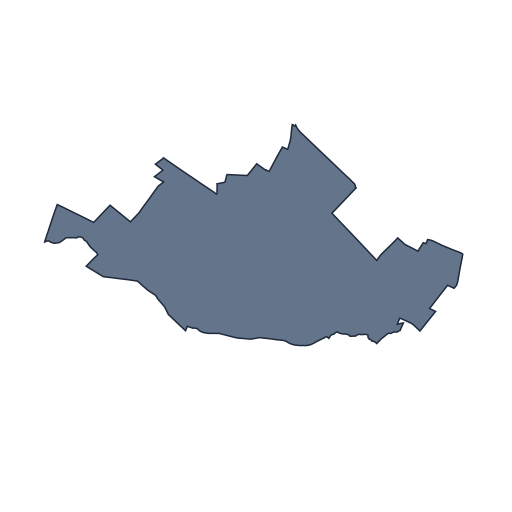 the district of Buzau, Buzau, Romania, rotated 162°
{"feature_id": "2599482B14537956390391", "entity_name": "Buzau", "entity_type": "district", "adm_level": 2, "iso_a3": "ROU", "parent_name": "Romania", "parent_adm1": "Buzau", "projection": "mercator", "projection_center": [26.808, 45.138], "detail": "fine", "context": "isolated", "style": "filled", "palette": "slate", "viewbox_px": 512, "rotation_deg": 162, "n_neighbors": 0, "source": "geoboundaries", "source_scale": "gbopen_adm2", "svg_char_len": 5650}
<svg xmlns="http://www.w3.org/2000/svg" viewBox="0 0 512 512"><g transform="rotate(162 256 256)"><path d="M226.7,343.4L226.8,343.5L235.6,337.7L236.1,337.4L239.0,335.5L239.2,335.4L239.4,335.3L239.6,335.4L240.3,335.6L244.9,337.3L246.7,338.0L258.3,342.4L258.8,341.9L259.0,341.8L260.8,338.7L261.4,337.9L261.8,337.3L262.1,336.8L262.6,335.9L263.8,335.9L265.0,336.0L268.2,336.4L269.9,336.6L270.0,336.6L270.5,336.6L270.8,336.7L270.9,335.9L273.3,329.0L273.6,328.0L273.7,327.7L273.9,327.5L274.1,327.2L274.5,327.2L274.9,327.7L275.9,329.1L276.0,329.3L282.2,337.2L282.3,337.3L286.6,342.8L288.4,345.1L288.6,345.4L289.8,347.0L291.0,348.5L291.6,349.3L292.2,350.1L293.3,351.5L295.1,353.7L296.8,355.9L301.4,361.9L307.7,370.1L313.7,378.0L313.9,377.9L314.0,377.6L323.3,374.4L318.0,366.4L328.1,362.8L321.0,354.9L327.2,352.8L333.0,348.6L339.9,343.5L349.4,336.7L354.0,333.2L364.9,327.3L379.1,349.4L400.0,338.1L410.7,348.6L418.9,356.5L421.0,358.6L425.0,362.5L429.1,366.4L429.8,365.5L430.9,364.1L432.7,361.7L434.9,358.9L435.5,358.0L436.8,356.4L438.7,353.8L443.0,347.9L443.4,347.4L444.0,346.6L444.4,346.0L446.1,343.6L447.9,341.3L449.4,339.2L453.2,334.0L452.6,334.5L452.0,334.7L451.4,335.0L451.1,335.1L450.7,335.0L450.5,334.8L449.9,334.7L449.5,334.6L449.1,334.5L448.5,334.2L448.0,334.0L447.8,333.8L447.5,333.4L447.1,332.6L446.8,332.4L446.6,332.2L446.0,331.9L445.3,331.5L445.1,331.3L444.9,331.1L444.6,330.8L444.5,330.7L444.3,330.6L443.6,330.4L442.7,330.2L441.7,330.0L440.7,329.8L440.0,329.7L439.1,329.6L437.3,329.9L436.0,330.3L434.7,330.7L434.1,330.9L433.5,331.1L433.2,331.2L433.0,331.3L432.0,331.7L431.1,332.1L423.2,329.6L420.9,328.6L419.1,329.0L417.2,328.5L415.1,326.8L414.3,324.0L412.7,322.3L411.0,316.3L408.1,311.0L406.7,308.8L406.0,306.1L410.9,303.9L420.7,298.7L411.8,288.4L407.6,283.5L384.2,272.6L376.6,268.8L369.4,256.7L363.7,249.6L362.6,245.3L358.6,235.8L357.4,227.4L346.1,206.7L345.3,207.6L344.6,208.5L344.2,209.0L343.9,209.4L343.6,209.7L343.4,210.0L343.0,210.4L342.4,209.8L341.6,209.2L340.2,208.3L339.0,207.3L338.2,206.8L337.4,206.7L336.0,206.1L335.4,205.8L334.6,205.2L334.0,204.5L333.7,204.0L332.5,201.9L332.2,201.5L331.5,200.9L329.9,199.7L329.0,199.0L326.7,197.9L325.5,197.3L324.3,196.8L315.4,193.9L314.7,193.6L312.1,191.9L301.2,185.0L298.9,183.7L286.6,178.5L277.8,177.3L274.6,175.8L272.8,175.0L266.4,172.1L263.1,170.4L259.3,168.7L257.6,168.0L255.7,167.0L255.0,166.6L254.7,166.4L253.5,165.2L252.3,163.9L250.9,162.4L250.1,161.7L248.7,160.7L247.1,159.6L245.3,158.7L243.8,158.1L241.0,156.9L240.7,156.8L240.2,156.8L238.9,156.4L237.9,155.9L235.0,155.1L233.8,154.9L231.5,154.8L228.7,155.1L227.4,155.3L225.3,155.8L218.5,156.8L216.2,157.1L213.8,157.6L212.2,155.1L209.2,157.6L205.8,157.7L204.1,158.5L202.2,158.8L200.6,156.9L198.4,155.5L196.8,154.8L195.8,154.4L194.1,153.8L193.3,153.0L192.5,152.6L192.1,152.1L191.7,151.0L191.2,150.6L189.5,150.0L187.8,149.7L187.1,149.4L186.7,149.1L186.0,149.1L184.4,149.6L183.9,149.7L183.4,149.8L183.0,149.8L182.2,149.6L181.3,149.2L180.4,148.8L177.9,148.1L176.7,147.9L175.0,147.1L174.1,146.3L174.1,145.3L174.7,144.1L174.2,142.8L174.0,141.8L172.9,141.1L172.6,140.8L172.4,140.3L172.0,139.3L172.0,139.0L170.9,138.8L170.3,138.4L169.9,137.9L168.8,136.5L168.2,135.4L165.3,137.0L163.8,137.7L163.0,138.3L160.5,139.2L160.2,139.3L156.0,140.9L154.8,141.3L154.1,141.5L153.7,141.4L153.1,141.2L151.7,140.7L149.9,141.0L149.2,141.1L148.1,141.1L147.3,140.7L145.4,140.1L144.3,140.2L143.2,140.7L141.9,140.6L141.8,140.8L140.6,142.3L136.5,146.7L137.8,147.0L138.9,147.2L142.3,147.4L142.7,147.4L142.4,147.8L138.7,152.2L138.4,152.5L134.1,148.7L131.7,146.4L129.0,143.9L127.1,141.2L123.3,134.0L102.3,147.8L107.2,152.4L93.6,161.7L82.8,168.9L77.6,164.1L77.4,164.2L74.9,165.8L74.1,166.4L72.0,169.4L68.6,175.8L65.8,181.1L62.8,186.5L61.2,189.3L60.5,190.5L59.8,192.0L58.8,193.8L58.8,194.0L59.2,194.4L60.3,195.8L60.5,196.0L61.2,196.5L62.2,197.4L66.3,200.6L68.1,202.1L68.4,202.3L71.2,204.8L75.4,208.3L76.2,209.1L77.1,210.0L78.5,211.3L80.7,213.4L81.0,213.7L81.2,213.9L82.4,215.1L82.8,215.4L83.3,215.9L83.7,216.2L83.9,216.3L84.1,216.5L84.8,217.0L85.6,217.5L85.8,217.6L86.0,217.7L86.4,217.9L86.8,218.1L87.2,218.4L87.7,218.6L89.1,216.9L90.2,215.7L90.6,215.2L91.5,215.9L91.9,216.2L92.3,216.6L92.8,217.0L93.6,216.4L100.5,210.6L105.6,215.8L110.8,221.0L115.3,228.9L115.3,229.1L115.5,229.4L122.4,225.8L124.0,225.0L136.4,218.9L137.2,218.4L142.6,214.5L146.8,223.4L151.0,232.3L151.1,232.5L154.9,240.6L157.2,245.4L157.3,245.6L165.5,262.6L165.6,262.8L169.1,270.2L170.3,272.6L170.4,272.8L170.6,273.2L168.5,274.3L157.9,280.0L141.9,288.7L140.7,289.3L139.7,289.8L139.9,290.3L140.0,290.4L140.1,290.5L140.3,290.8L140.2,290.9L140.1,291.3L140.0,291.6L139.9,291.8L139.9,292.2L139.8,292.7L139.9,293.4L140.0,293.9L140.1,294.3L140.3,294.6L140.4,294.9L140.7,295.5L141.0,296.0L141.3,296.5L143.2,300.3L144.0,301.7L146.4,306.0L148.9,310.6L151.3,315.2L154.3,320.7L154.4,320.9L155.6,323.0L156.0,323.9L156.1,324.0L162.8,336.4L165.1,340.7L169.0,347.9L170.6,350.9L173.4,356.1L174.5,358.1L175.1,359.3L175.7,360.4L175.8,360.6L176.3,361.9L176.8,363.0L176.9,363.4L177.0,363.9L177.3,364.8L177.6,366.3L177.6,366.5L177.8,367.9L177.8,368.0L177.8,368.4L177.8,368.5L178.2,368.3L178.4,368.1L178.5,368.1L178.7,367.9L178.8,367.9L179.1,367.7L179.5,368.1L179.7,368.5L179.9,368.9L180.1,369.2L180.5,369.5L180.9,369.8L181.0,369.6L181.6,368.5L182.3,367.1L182.6,366.3L183.1,365.1L184.1,363.0L185.9,358.8L186.9,356.8L187.9,355.1L188.9,353.5L190.0,351.9L191.8,349.2L192.0,348.9L192.2,348.6L192.9,347.7L197.2,351.5L200.0,348.9L200.8,348.2L203.3,345.9L203.5,345.8L217.4,332.4L219.7,334.6L219.9,334.9L220.3,334.7L224.4,340.2L226.0,342.2L226.5,342.9L226.8,343.3L226.7,343.4Z" fill="#64748b" stroke="#1e293b" stroke-width="1.5"/></g></svg>